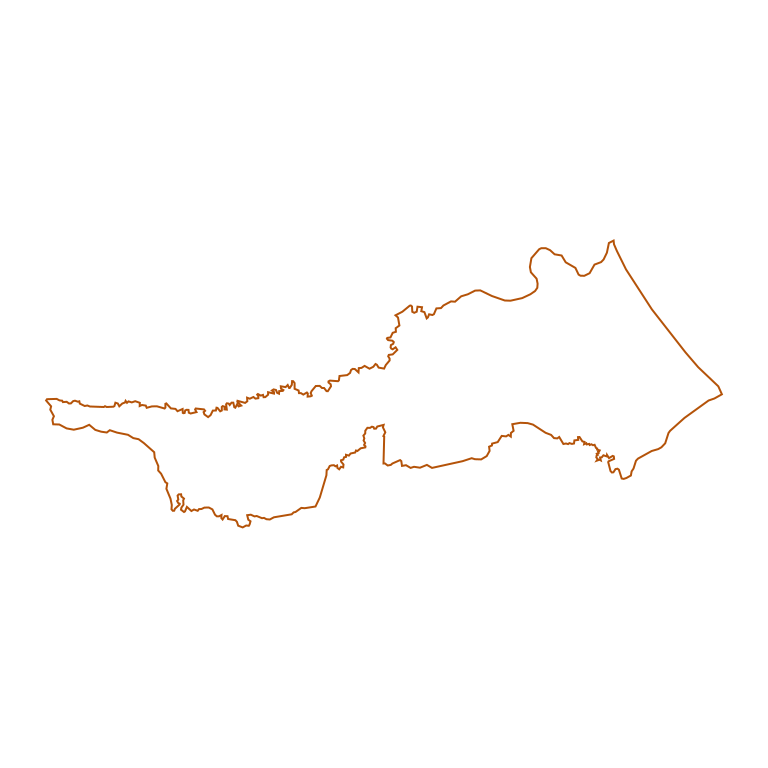 Gio Linh, Quảng Trị, Vietnam
{"feature_id": "81297802B57271723433997", "entity_name": "Gio Linh", "entity_type": "district", "adm_level": 2, "iso_a3": "VNM", "parent_name": "Vietnam", "parent_adm1": "Quảng Trị", "projection": "albers", "projection_center": [106.934, 16.913], "detail": "fine", "context": "isolated", "style": "outline", "palette": "amber", "viewbox_px": 768, "rotation_deg": 0, "n_neighbors": 0, "source": "geoboundaries", "source_scale": "gbopen_adm2", "svg_char_len": 6099}
<svg xmlns="http://www.w3.org/2000/svg" viewBox="0 0 768 768"><path d="M601.8,457.3L603.4,455.3L606.8,456.4L607.0,454.9L609.0,458.1L612.7,455.9L613.8,456.4L614.1,458.9L608.6,461.3L608.2,462.1L610.5,471.0L611.9,472.5L613.4,472.3L615.5,469.1L617.5,468.7L618.9,469.7L621.7,478.5L623.7,478.9L626.4,478.0L630.9,475.5L631.6,471.4L633.5,468.6L636.0,460.7L638.0,458.6L651.7,451.0L658.2,449.1L661.4,447.3L665.2,443.3L668.5,433.0L670.1,430.8L684.5,417.9L708.6,400.5L714.4,398.5L721.9,394.3L718.3,386.3L698.2,367.2L685.5,352.4L651.9,309.4L626.0,269.4L616.9,251.0L614.0,244.3L613.6,240.6L608.9,243.0L606.9,252.7L603.6,259.5L601.1,262.1L594.5,264.6L589.6,273.2L584.3,275.8L580.5,275.7L578.6,274.6L575.4,267.9L565.7,262.3L561.6,255.5L554.6,254.3L550.1,250.2L545.8,248.2L541.3,248.2L539.2,249.2L531.4,258.2L529.9,267.0L530.9,272.3L536.6,278.7L537.6,283.7L537.3,287.8L535.1,291.0L530.3,294.3L522.2,298.1L510.5,300.7L504.8,300.5L491.9,296.0L480.3,290.4L475.1,290.6L467.8,294.3L461.2,296.3L455.0,301.7L451.0,301.4L443.4,305.5L441.0,308.1L436.4,308.4L433.9,314.2L432.4,315.0L429.1,314.3L427.9,317.4L426.7,318.4L424.4,312.1L421.3,311.2L422.0,307.2L417.5,306.7L416.7,311.7L414.2,312.8L412.3,311.8L412.0,306.5L410.8,305.5L409.7,305.7L402.4,311.7L395.5,315.3L398.0,317.5L399.4,325.5L395.7,328.2L395.9,331.8L392.7,332.8L390.5,337.4L387.3,337.9L386.9,338.7L388.1,340.1L392.4,340.7L393.8,342.1L393.2,343.8L390.9,345.1L390.6,347.5L391.3,348.6L392.7,349.3L395.6,347.3L397.3,349.9L392.7,354.4L388.8,354.9L388.2,356.3L389.6,358.6L389.6,360.5L385.8,365.0L384.1,368.6L378.6,367.6L376.9,364.8L375.5,364.0L373.3,366.8L369.5,368.7L364.6,365.9L361.5,367.9L358.8,368.1L358.5,372.4L354.8,369.0L352.6,368.9L351.0,370.1L350.1,372.9L347.2,375.1L339.5,376.0L338.9,380.4L338.0,381.2L329.9,380.6L328.5,381.4L328.5,382.5L330.7,384.3L331.0,386.3L327.8,391.2L326.5,391.1L324.1,388.0L322.0,388.0L319.7,385.9L315.8,386.0L311.5,391.2L310.7,393.1L311.8,395.7L310.7,396.3L307.6,396.6L307.8,393.5L306.9,392.5L303.3,394.6L300.9,393.1L299.0,393.1L298.6,390.5L294.6,388.8L294.6,383.1L293.2,381.2L292.1,381.1L291.8,384.9L289.7,388.0L289.1,388.0L287.7,385.0L285.6,387.1L280.8,386.3L281.0,388.7L283.4,390.1L282.8,390.9L279.2,391.1L279.0,393.7L277.2,392.9L276.0,390.0L273.6,389.4L271.9,390.5L274.1,392.2L274.0,393.6L268.1,392.2L268.1,394.7L265.3,397.1L263.6,397.2L263.0,394.9L260.8,395.6L257.9,394.0L257.2,394.6L258.4,396.5L258.3,398.2L255.4,398.6L253.4,397.0L249.8,398.7L247.1,397.7L247.3,401.3L245.1,402.9L237.5,400.8L237.3,401.7L241.2,405.6L238.6,406.4L237.1,404.3L235.3,407.7L234.3,407.2L233.3,402.7L231.5,402.7L229.7,405.0L228.7,403.6L226.9,403.3L226.1,404.3L226.8,409.6L224.5,409.4L224.6,406.7L222.7,406.1L221.8,406.9L221.8,410.5L220.2,411.3L217.5,407.9L216.5,407.7L215.9,410.5L212.8,410.6L210.6,415.1L208.1,417.1L204.4,414.4L203.6,412.1L205.1,410.8L204.0,409.4L195.7,408.5L195.1,409.5L196.5,412.1L190.6,413.5L188.8,412.7L188.5,409.9L186.6,409.8L185.2,410.4L184.6,413.0L183.4,413.2L182.8,412.9L182.6,409.0L177.5,411.2L175.5,408.9L170.9,408.4L166.3,403.4L165.4,403.8L165.4,407.6L164.6,408.5L156.9,406.3L151.9,406.4L146.7,407.8L145.8,405.6L142.0,405.0L139.7,406.0L139.8,402.8L135.2,401.2L131.8,402.4L128.5,401.4L127.0,402.8L125.6,400.9L125.0,402.5L122.3,403.5L119.3,406.3L117.8,403.5L115.4,402.7L114.4,406.1L113.4,406.7L106.7,407.0L105.0,406.2L103.8,407.0L89.9,406.5L87.4,405.5L84.7,406.0L79.8,403.6L79.3,401.3L77.9,401.7L75.0,400.7L73.2,401.1L70.9,403.4L69.0,403.5L66.7,401.8L62.9,402.1L62.2,400.7L59.5,400.4L56.7,398.9L47.0,399.2L46.1,400.5L51.1,406.3L50.3,409.7L53.9,416.2L52.4,419.8L53.2,424.3L59.3,424.5L66.6,428.4L73.8,429.7L82.9,427.7L89.2,424.8L95.3,429.9L101.2,431.7L106.8,432.5L109.8,430.2L117.0,432.6L128.0,434.8L133.3,438.1L138.6,439.2L143.9,443.1L154.2,452.2L154.7,457.6L158.3,466.0L158.2,470.5L161.1,473.7L165.4,482.2L167.3,483.4L166.4,488.8L170.5,498.7L171.8,505.0L171.5,509.3L172.8,510.8L174.2,510.7L174.9,508.8L179.6,504.5L179.7,503.7L178.3,503.1L177.1,501.0L178.3,499.6L177.6,495.6L178.7,494.4L181.1,494.3L181.4,496.5L184.0,498.6L183.2,500.4L183.5,504.7L181.4,507.6L181.0,509.7L184.0,512.0L185.0,511.4L186.9,506.9L191.4,511.0L194.0,509.5L197.7,510.8L199.0,509.1L201.5,509.0L204.4,507.6L208.8,507.5L212.4,509.4L215.0,514.7L216.8,516.3L219.0,516.3L221.5,515.0L221.3,518.0L222.6,519.5L224.8,516.1L227.5,516.2L228.1,519.0L235.4,520.2L236.9,521.8L238.2,525.7L242.7,527.4L246.2,525.5L248.8,525.8L249.6,524.5L250.5,521.3L248.3,519.7L247.2,515.2L250.8,514.7L254.5,516.4L256.7,516.0L262.0,518.2L264.0,517.9L266.4,519.2L269.8,519.5L273.9,517.3L291.7,514.3L293.6,512.4L295.5,512.0L301.3,507.9L304.7,508.2L315.5,506.5L319.8,497.5L326.4,475.3L326.7,470.0L328.0,469.3L329.7,466.0L331.4,465.4L333.9,465.2L335.4,466.3L337.1,465.5L337.4,467.9L339.2,469.3L341.0,466.8L343.2,467.4L343.5,464.5L341.1,461.6L341.0,460.3L343.3,459.6L344.1,457.3L346.0,456.9L346.0,454.8L348.9,455.6L350.6,453.5L355.2,452.5L356.0,450.5L357.4,451.0L360.7,448.3L365.3,447.4L365.5,446.3L364.1,444.9L365.1,443.0L363.6,440.5L364.3,438.4L363.4,435.6L365.2,433.5L365.3,430.7L367.4,427.8L370.0,427.9L371.9,426.7L373.5,427.1L374.2,428.7L376.0,428.6L377.3,426.5L383.6,424.9L382.9,427.3L385.3,432.3L383.4,436.1L384.2,436.6L383.5,463.5L384.9,463.4L387.7,465.5L390.8,464.9L392.4,463.5L400.1,460.1L401.3,461.1L402.0,465.9L406.0,465.2L410.6,467.9L414.0,466.8L420.0,467.7L426.9,464.9L432.0,467.9L462.5,461.2L471.7,458.2L474.9,459.2L481.2,459.4L486.7,456.1L489.6,450.9L489.1,446.7L491.9,445.5L492.1,443.6L497.7,442.1L501.7,435.9L506.1,436.4L508.4,434.9L510.8,436.6L510.9,433.0L513.6,430.8L512.3,424.2L520.4,422.8L527.6,423.1L533.0,424.6L545.6,432.8L551.1,434.9L554.0,438.1L557.3,438.4L559.2,437.0L563.4,444.0L566.0,443.5L568.1,444.1L569.4,443.1L571.9,443.9L574.0,443.5L574.4,440.4L578.2,439.9L578.0,437.1L579.5,437.0L582.4,441.4L584.5,441.9L584.1,444.2L586.3,443.2L586.7,444.4L589.2,443.9L589.7,445.0L591.4,444.3L593.0,445.2L594.6,444.8L596.0,447.9L597.2,448.5L597.1,449.6L599.7,450.4L599.0,451.7L598.1,451.8L598.5,453.2L596.9,453.7L597.7,454.9L596.7,455.3L596.3,457.4L597.7,459.1L596.7,460.7L599.5,459.7L600.8,460.4L600.1,457.5L601.8,457.3Z" fill="none" stroke="#b45309" stroke-width="2"/></svg>